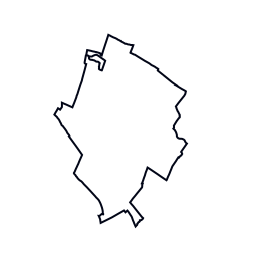 Costisa, Neamt, Romania, rotated 156°
{"feature_id": "2599482B85678098789231", "entity_name": "Costisa", "entity_type": "district", "adm_level": 2, "iso_a3": "ROU", "parent_name": "Romania", "parent_adm1": "Neamt", "projection": "orthographic", "projection_center": [26.644, 46.753], "detail": "fine", "context": "isolated", "style": "outline", "palette": "ink", "viewbox_px": 256, "rotation_deg": 156, "n_neighbors": 0, "source": "geoboundaries", "source_scale": "gbopen_adm2", "svg_char_len": 5404}
<svg xmlns="http://www.w3.org/2000/svg" viewBox="0 0 256 256"><g transform="rotate(156 128 128)"><path d="M141.2,204.8L140.7,203.8L140.2,203.4L144.8,197.7L149.8,191.6L150.9,190.1L153.6,187.3L159.2,181.0L160.2,179.8L162.0,178.1L162.7,177.1L164.7,175.1L165.8,174.0L166.9,172.9L169.1,170.8L170.4,169.5L172.5,171.8L174.6,174.2L176.3,176.0L178.1,178.0L178.7,176.6L179.3,175.2L179.9,174.0L180.9,173.4L182.6,172.4L183.0,173.1L183.9,174.5L186.3,172.7L187.8,171.7L189.8,170.2L189.2,168.7L188.4,166.8L188.4,166.2L187.9,164.6L187.7,163.6L187.6,162.5L187.6,161.2L187.5,160.4L187.4,159.5L187.5,158.0L187.4,157.4L186.8,156.5L186.6,155.5L186.0,153.1L185.5,150.5L185.4,148.2L184.7,145.7L184.7,144.6L185.5,144.3L185.0,142.0L182.5,130.3L180.9,122.1L182.4,120.7L184.1,119.2L186.6,116.9L188.1,115.4L189.1,114.6L190.9,113.0L192.2,111.9L193.6,110.6L194.7,109.6L195.5,109.1L195.8,108.8L195.8,108.2L195.7,107.7L195.1,106.0L195.1,105.0L194.6,103.8L194.5,102.7L194.2,101.8L193.8,100.7L193.5,100.1L193.2,99.5L192.3,98.2L191.7,96.5L191.2,94.6L189.6,90.4L185.6,78.5L185.5,77.9L184.6,75.6L184.4,75.0L184.1,73.9L184.0,73.0L184.0,72.4L183.9,71.6L183.9,70.6L183.9,69.5L184.0,68.1L184.2,65.8L184.4,64.6L184.7,63.2L184.9,62.4L185.2,61.6L185.4,61.2L185.6,60.6L185.6,60.0L185.6,59.5L185.7,59.3L185.8,59.2L186.0,59.3L186.4,59.6L186.8,60.0L187.0,60.1L187.3,60.1L188.8,59.6L189.7,59.3L190.0,59.3L190.5,59.6L190.5,59.4L190.5,59.0L190.5,57.7L190.6,56.4L190.6,55.8L190.7,55.5L191.1,54.4L191.1,54.2L191.6,52.4L186.4,52.6L179.2,52.9L171.5,53.7L165.2,54.3L164.9,53.2L164.6,52.0L162.1,52.8L161.8,51.8L161.6,51.0L161.4,49.7L161.2,48.4L161.0,47.2L160.8,46.3L160.7,44.8L160.8,43.8L160.9,42.6L161.0,41.6L161.0,39.3L161.1,38.6L161.1,34.9L160.4,35.2L159.9,35.5L159.4,35.6L159.0,35.8L158.5,36.4L158.4,36.8L158.1,36.9L157.8,37.0L157.5,37.1L157.3,37.3L156.9,37.6L156.5,37.7L155.9,37.6L155.7,37.7L155.5,38.0L155.1,38.1L155.0,38.3L154.8,38.4L154.7,38.4L154.6,38.7L154.3,38.5L154.2,38.5L153.9,38.5L153.6,38.6L153.3,38.5L153.2,38.6L152.9,38.5L152.7,38.6L152.0,38.8L151.7,38.9L151.4,39.0L151.1,39.2L150.8,39.5L151.5,41.1L153.3,48.0L154.1,51.1L155.0,54.7L155.8,57.2L156.3,59.2L154.1,60.4L152.3,61.5L149.0,63.1L146.7,64.3L139.8,67.8L139.5,67.9L139.3,68.1L139.1,68.3L138.9,68.7L138.7,69.0L138.5,69.4L138.4,69.7L138.1,70.2L137.9,70.5L137.4,71.1L137.2,71.2L137.1,71.3L137.3,71.5L137.5,71.5L137.8,71.7L137.2,72.2L136.5,72.9L135.3,74.1L134.8,74.7L133.3,76.3L132.9,76.7L132.6,77.0L131.8,77.8L130.5,79.4L129.4,80.6L128.9,81.1L128.4,81.5L126.2,83.9L125.7,83.2L123.9,80.4L119.7,73.7L118.2,71.2L115.6,67.0L114.7,65.6L114.1,64.6L113.7,64.8L112.3,66.2L110.8,67.6L109.7,68.5L108.3,69.8L107.5,70.6L106.8,71.3L105.3,72.7L104.7,73.3L103.3,74.7L102.8,75.1L99.5,77.1L98.9,77.5L98.0,78.0L96.1,79.3L94.9,80.1L93.9,80.7L93.6,80.2L92.5,80.7L91.4,81.2L91.2,81.3L90.5,81.2L90.0,81.6L89.2,82.2L89.0,82.3L88.9,83.8L89.2,84.5L88.3,85.1L80.5,89.8L81.0,90.7L81.3,92.0L81.3,93.7L81.8,94.8L83.0,96.1L85.4,97.3L86.2,98.1L86.7,99.2L86.8,100.3L86.1,102.0L85.8,104.5L86.0,107.0L86.8,109.0L85.8,109.6L85.1,111.5L80.9,114.4L77.6,116.3L76.8,116.5L76.1,117.0L76.0,118.1L75.4,118.7L75.5,120.7L75.6,122.7L75.8,123.4L75.7,124.6L75.7,125.5L75.7,126.3L75.5,127.0L75.5,128.2L71.4,130.5L67.1,132.7L64.6,134.0L63.4,134.6L62.5,135.3L61.7,135.9L61.3,136.5L60.7,137.3L60.2,137.9L60.2,138.0L61.1,139.3L63.0,141.8L64.8,144.4L66.0,146.1L66.7,147.2L66.8,147.3L66.2,147.3L68.9,151.8L77.2,168.0L77.4,168.5L77.2,168.8L76.9,169.0L76.6,169.2L76.3,169.6L76.6,170.1L77.2,171.0L77.6,171.4L78.0,172.2L78.4,172.9L79.0,173.6L79.2,174.0L79.9,174.8L80.3,175.2L80.7,175.8L81.1,176.3L81.2,176.6L81.3,176.8L82.2,178.4L83.6,180.3L85.2,182.4L87.3,185.5L90.0,189.4L91.2,191.2L91.7,192.0L92.6,192.7L93.5,193.8L94.7,195.3L95.1,195.6L95.1,195.8L93.5,197.4L91.7,199.1L89.4,201.5L90.5,202.2L91.5,202.6L92.0,203.0L92.6,203.6L93.4,204.0L94.0,204.4L94.6,205.0L95.2,205.6L95.6,205.8L96.1,206.0L96.3,206.1L96.5,206.4L96.6,206.7L97.0,207.2L97.3,207.6L97.7,208.1L97.8,208.3L97.9,208.5L98.2,208.7L98.4,209.0L98.7,209.3L99.1,209.8L99.1,210.2L99.3,210.2L99.6,210.7L99.8,210.9L100.0,211.2L100.3,211.6L100.4,211.8L100.9,212.4L101.4,212.9L101.5,213.0L102.0,214.0L102.7,214.8L103.0,215.2L103.9,216.1L104.3,216.5L104.8,217.0L105.2,217.6L105.9,218.3L106.1,218.6L106.5,219.2L107.2,220.1L107.7,220.6L108.1,221.1L108.7,220.4L111.4,217.4L113.3,215.3L114.6,213.9L119.2,208.8L122.5,205.0L123.2,205.9L123.2,206.5L122.6,207.0L123.6,208.1L125.4,209.7L126.1,210.3L126.5,210.5L126.8,210.7L127.6,211.4L129.1,212.4L130.4,213.5L131.9,214.6L133.6,215.8L135.5,213.1L136.2,212.0L136.6,211.5L135.8,211.1L135.3,210.7L134.4,209.3L132.7,208.3L131.7,208.0L130.3,208.2L128.3,208.1L127.3,207.9L126.2,206.8L125.1,205.0L123.5,202.2L122.0,199.8L121.5,198.7L122.2,198.0L123.3,196.8L124.8,195.2L127.8,192.0L128.3,191.4L128.5,191.3L129.1,191.8L129.6,192.4L130.1,192.9L130.4,193.4L130.5,193.8L130.3,194.3L129.8,195.0L129.7,195.6L129.5,196.1L129.2,196.3L128.9,196.8L128.6,197.2L128.4,197.6L128.2,198.0L127.8,198.3L127.9,198.5L127.5,199.0L127.9,199.8L128.1,200.3L128.5,200.8L128.9,201.0L129.4,201.2L129.9,201.6L130.2,201.8L130.7,202.6L131.1,203.3L131.4,203.6L131.9,203.9L132.4,204.3L132.9,204.7L133.2,205.0L133.6,205.1L134.1,205.4L134.6,205.8L135.1,206.3L135.3,207.0L135.3,207.4L135.0,208.2L134.9,208.8L134.8,209.4L134.9,209.8L134.9,210.0L135.2,210.4L135.3,210.6L136.3,211.3L137.0,211.4L138.4,209.3L140.9,205.7L141.0,205.5L141.2,204.8Z" fill="none" stroke="#020617" stroke-width="2"/></g></svg>